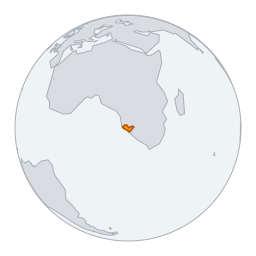 globe centered on Kunene, rotated 329°
{"feature_id": "NAM-3347", "entity_name": "Kunene", "entity_type": "Region", "adm_level": 1, "iso_a3": "NAM", "parent_name": "Namibia", "parent_adm1": "", "projection": "orthographic", "projection_center": [13.973, -19.069], "detail": "medium", "context": "on_globe", "style": "filled", "palette": "amber", "viewbox_px": 256, "rotation_deg": 329, "n_neighbors": 0, "source": "natural_earth", "source_scale": "10m", "svg_char_len": 5615}
<svg xmlns="http://www.w3.org/2000/svg" viewBox="0 0 256 256"><g transform="rotate(329 128 128)"><circle cx="128" cy="128" r="113" fill="#eef3f6" stroke="#a8b0b8"/><path d="M18.2,102.9L17.1,108.5L18.5,101.8L18.3,103.6L20.7,99.4L20.2,101.1L22.0,105.1L25.9,104.9L26.9,108.6L26.2,111.8L28.0,111.5L28.1,113.3L37.0,111.7L43.1,114.2L43.9,120.8L40.8,130.3L42.5,148.2L38.1,156.9L40.1,164.4L42.0,176.7L38.9,178.2L43.0,182.2L43.9,186.3L42.7,188.0L45.3,191.5L44.6,192.7L47.0,194.1L50.0,200.1L54.0,203.0L57.2,207.6L59.8,209.2L59.6,209.6L60.3,210.9L61.8,212.0L59.1,211.8L53.6,207.8L51.1,204.9L50.7,205.2L44.9,198.2L46.0,200.1L38.3,191.1L33.2,182.6L22.5,160.4L20.8,157.0L19.0,154.9L17.0,147.4L15.9,138.5L15.4,129.6L15.6,120.6L16.5,111.7L18.2,102.9ZM65.0,213.0L60.0,212.3L62.2,212.4L60.2,209.7L64.1,210.8L65.0,213.0ZM60.7,205.9L60.5,203.9L61.5,204.2L61.8,205.7L60.7,205.9ZM141.2,16.1L147.7,17.1L146.9,17.1L142.7,16.5L147.4,17.5L146.7,17.2L149.0,17.6L149.2,17.4L150.8,17.8L148.5,17.2L150.8,17.7L151.9,17.9L152.5,18.1L160.2,20.1L167.7,22.6L175.1,25.7L182.2,29.2L189.0,33.3L195.6,37.9L201.8,42.9L207.6,48.3L213.0,54.1L218.0,60.3L222.6,66.8L226.7,73.7L230.3,80.8L233.3,88.1L235.9,95.7L237.9,103.4L238.8,107.9L239.7,113.6L240.6,124.4L240.4,121.2L239.7,113.5L239.1,110.0L237.9,103.6L235.0,92.8L234.7,92.6L233.5,88.9L229.4,79.4L228.2,79.0L227.2,84.6L229.1,94.1L227.9,97.0L221.4,80.7L217.6,71.4L215.8,71.1L208.6,62.0L197.7,57.7L195.7,55.3L193.8,55.6L188.7,52.4L185.4,48.8L182.6,48.4L191.1,58.1L194.1,58.8L196.0,56.3L197.9,59.7L202.7,63.9L199.0,70.1L182.1,73.5L179.8,66.4L163.1,47.5L163.2,45.9L163.1,45.7L162.8,45.3L162.0,48.0L158.9,44.7L168.6,56.7L170.6,62.0L181.9,73.8L181.0,74.8L184.5,77.6L194.5,77.1L194.7,79.5L190.4,89.7L175.9,103.5L177.4,115.5L175.6,125.8L165.7,131.7L165.7,140.3L160.4,142.8L159.5,147.7L154.7,152.8L147.1,157.6L135.2,157.4L135.1,152.6L130.2,143.7L123.6,123.3L127.3,114.2L126.6,107.5L117.8,93.4L119.8,85.6L117.3,82.6L112.2,83.8L109.2,80.3L106.1,80.5L86.0,85.9L79.5,82.4L70.9,70.6L74.3,64.7L74.3,59.0L96.9,37.7L102.4,37.8L121.0,34.2L123.5,34.7L122.1,38.3L136.7,42.7L140.5,39.6L152.9,42.9L160.7,43.5L162.1,37.1L149.4,35.8L146.4,32.6L156.0,31.0L167.0,33.0L166.2,31.9L158.6,28.5L160.5,27.2L155.9,27.3L158.2,28.6L155.4,28.8L153.1,27.8L153.9,27.2L150.3,26.5L147.6,29.6L149.7,31.3L140.9,31.4L143.6,34.3L141.4,35.5L136.1,31.3L136.2,29.8L126.9,26.1L126.0,27.5L134.8,31.3L132.3,31.0L131.3,33.5L130.2,31.3L120.9,27.4L112.5,28.9L102.9,36.1L97.8,37.4L93.0,37.0L95.3,30.7L106.5,28.5L107.5,26.7L104.3,25.0L108.0,24.7L108.1,23.9L112.2,23.3L117.1,21.1L121.2,20.6L122.2,18.7L124.4,18.4L123.2,19.5L124.5,20.3L134.5,20.1L136.2,19.8L136.0,18.7L138.8,19.0L137.4,18.0L142.7,18.0L135.0,17.3L134.7,16.5L137.4,16.2L135.9,16.0L131.5,16.5L131.0,17.0L132.7,17.4L130.1,19.1L126.8,19.5L124.4,17.6L119.5,18.2L119.7,16.9L131.5,15.4L134.6,15.6L141.2,16.1ZM90.0,46.9L89.6,48.5L90.0,46.9ZM179.5,39.2L185.6,41.2L181.5,36.7L183.5,37.2L181.4,35.6L181.2,36.4L175.8,32.5L178.0,32.3L176.5,30.8L174.4,30.1L171.3,31.2L179.0,36.6L178.2,37.7L179.5,39.2ZM20.8,99.2L20.9,99.9L20.4,100.5L20.8,99.2ZM22.5,88.8L22.8,88.4L22.1,89.8L22.5,88.8ZM22.2,89.5L22.2,89.3L21.7,90.7L22.2,89.5ZM58.2,39.6L56.8,40.7L57.4,40.2L58.2,39.6ZM104.4,21.1L106.0,21.2L104.9,22.1L99.7,23.5L101.4,22.1L104.4,21.1ZM108.7,21.2L107.7,19.5L110.9,18.8L109.3,19.4L111.5,19.1L109.5,20.1L113.5,21.5L112.7,22.5L103.6,24.1L107.0,22.9L105.1,22.7L108.7,21.2ZM99.6,19.1L99.2,19.1L106.5,17.5L106.1,17.7L100.9,18.9L98.4,19.4L99.6,19.1ZM125.8,33.3L127.6,33.4L130.4,33.2L129.8,35.0L125.8,33.3ZM119.4,30.6L121.0,30.3L121.4,32.3L119.6,32.4L119.4,30.6ZM121.4,28.6L121.0,30.1L120.1,29.3L121.4,28.6ZM124.6,19.3L126.2,19.1L126.6,19.4L125.9,19.8L124.6,19.3ZM160.2,37.9L158.2,38.9L156.9,38.2L157.9,38.0L160.2,37.9ZM143.5,36.4L147.5,37.5L143.2,36.9L143.5,36.4ZM189.0,193.9L188.6,196.0L187.4,195.6L189.0,193.9ZM192.7,127.4L183.8,144.9L179.2,144.1L179.1,138.2L182.9,127.3L188.5,125.2L191.5,120.8L192.7,127.4ZM239.6,142.9L239.8,141.6L240.0,140.3L239.6,142.9ZM240.1,139.3L240.0,140.0L240.4,131.5L238.8,112.3L239.4,114.1L240.6,127.7L240.6,129.0L240.6,131.5L240.1,139.3ZM229.5,95.2L231.5,102.1L230.6,102.3L229.5,95.2ZM217.4,196.5L219.4,193.7L221.3,191.1L227.8,180.2L227.6,180.6L222.8,188.8L217.4,196.5Z" fill="#d9dde1" stroke="#a8b0b8" stroke-width="1"/><path d="M126.5,123.8L126.9,123.9L127.1,124.0L127.3,124.3L127.5,124.4L127.8,124.6L128.0,124.8L128.1,124.7L128.2,124.8L128.3,124.7L128.4,124.8L128.4,124.7L128.5,124.7L128.5,124.8L128.3,125.0L128.4,125.3L128.5,125.8L128.6,126.1L128.6,126.8L128.6,127.2L128.8,127.7L128.7,128.1L128.8,128.3L128.9,128.5L129.1,128.7L129.0,128.4L129.6,128.3L130.1,128.3L130.3,128.3L130.5,128.2L130.5,128.4L130.9,128.3L131.2,128.4L131.4,128.4L131.6,128.5L132.1,128.6L132.4,128.7L132.8,128.8L133.1,128.9L133.1,129.0L133.0,129.7L133.1,129.8L132.9,129.9L132.7,129.9L132.7,130.0L132.8,130.1L132.7,130.1L132.3,130.3L132.3,130.6L132.2,130.7L131.8,130.7L131.6,130.8L131.3,131.0L130.9,130.9L130.7,130.8L130.4,131.0L130.1,131.3L129.8,131.5L129.7,131.6L129.5,131.8L129.3,131.8L129.1,131.8L128.9,131.8L128.8,131.7L128.7,131.7L128.6,131.8L128.4,131.7L127.9,131.9L127.7,132.0L127.4,132.2L127.1,131.7L126.9,131.5L126.9,131.1L126.7,130.8L126.6,130.4L126.5,130.2L126.3,130.1L126.2,129.7L126.0,129.4L125.6,128.7L125.5,128.3L125.4,128.1L125.2,127.9L125.2,127.7L124.9,127.3L124.6,127.1L124.4,126.9L124.3,126.7L124.2,126.4L124.0,126.2L123.8,125.0L123.8,124.5L124.0,124.5L124.0,124.4L124.3,124.3L124.5,124.2L124.6,124.3L124.6,124.2L124.7,124.3L124.8,124.4L125.0,124.4L125.4,124.4L125.5,124.3L125.7,124.2L125.8,124.1L126.0,124.0L126.2,123.9L126.5,123.8Z" fill="#f59e0b" stroke="#b45309" stroke-width="1.5"/></g></svg>